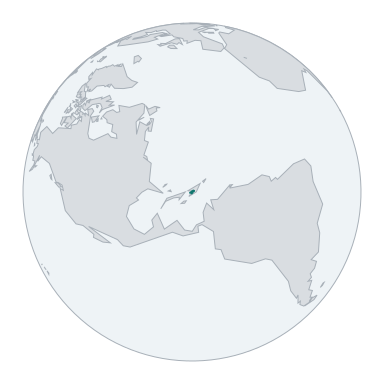 Ouest highlighted on a globe, orthographic projection, rotated 314°
{"feature_id": "HTI-1388", "entity_name": "Ouest", "entity_type": "Department", "adm_level": 1, "iso_a3": "HTI", "parent_name": "Haiti", "parent_adm1": "", "projection": "orthographic", "projection_center": [-72.52, 18.618], "detail": "fine", "context": "on_globe", "style": "filled", "palette": "teal", "viewbox_px": 384, "rotation_deg": 314, "n_neighbors": 0, "source": "natural_earth", "source_scale": "10m", "svg_char_len": 9826}
<svg xmlns="http://www.w3.org/2000/svg" viewBox="0 0 384 384"><g transform="rotate(314 192 192)"><circle cx="192" cy="192" r="169" fill="#eef3f6" stroke="#a8b0b8"/><path d="M175.5,221.9L171.5,220.0L167.6,224.8L154.2,216.1L149.5,205.9L109.4,185.7L105.6,179.9L106.0,171.5L95.4,141.6L98.7,168.6L94.1,162.7L90.9,152.7L93.4,150.8L92.2,136.8L88.5,130.7L90.6,113.8L103.0,94.7L103.8,98.3L106.7,93.8L105.9,89.2L104.7,87.4L113.5,69.6L112.7,59.1L106.9,59.7L112.6,56.9L97.7,61.4L93.7,60.6L101.7,59.3L105.2,57.5L104.2,55.5L107.5,53.3L108.9,51.3L113.0,49.1L117.3,49.1L120.1,47.8L119.2,46.6L122.7,43.9L123.6,45.9L129.9,41.7L138.3,42.1L137.3,51.1L145.4,51.3L153.5,60.9L156.2,58.8L160.9,61.9L165.8,60.8L165.9,63.4L169.7,60.4L168.6,58.2L170.0,56.3L172.7,55.6L173.4,58.6L172.1,59.4L173.7,60.0L172.8,61.9L174.8,60.6L175.2,64.6L178.9,59.7L182.7,62.3L181.9,65.2L176.6,66.0L161.6,76.5L159.1,80.6L160.9,85.2L175.6,91.0L175.1,95.5L178.4,100.7L181.1,97.5L179.6,92.3L185.5,88.1L182.9,82.8L184.9,80.5L184.4,75.1L190.2,75.0L196.2,77.9L196.9,82.6L199.6,84.2L203.5,79.3L209.4,88.1L221.1,94.6L222.0,97.3L215.4,102.6L203.5,103.2L194.9,112.1L206.3,105.7L208.4,113.3L211.2,114.5L214.4,113.9L216.0,110.9L217.9,113.6L207.3,120.5L205.4,118.1L208.7,115.8L203.2,116.4L196.0,122.0L197.6,125.9L185.2,131.7L186.1,134.8L184.0,138.0L183.2,132.6L184.3,142.7L169.9,154.0L171.1,172.2L163.6,158.0L157.0,156.1L149.1,156.1L149.1,159.1L138.6,156.3L128.9,161.8L125.1,175.9L128.5,187.2L140.2,188.5L143.9,182.6L152.6,181.8L146.1,197.9L161.2,200.9L159.5,213.1L163.9,219.5L171.5,218.0L179.4,221.1L185.1,214.1L194.2,210.2L194.4,220.0L199.4,210.9L204.5,215.5L222.6,214.3L221.3,216.6L236.5,227.1L252.9,230.4L256.8,236.9L254.8,241.5L260.5,242.0L260.5,244.7L282.8,245.4L293.9,250.0L293.3,259.4L283.7,271.8L274.1,294.4L256.5,303.8L251.4,312.2L236.7,324.6L226.1,324.7L228.6,329.7L222.3,333.1L215.3,333.8L213.6,337.2L208.4,337.5L211.6,339.5L202.8,343.9L204.8,347.0L198.3,350.0L199.9,351.6L197.5,351.6L195.0,352.2L194.6,353.1L187.6,351.6L186.0,347.8L188.8,345.8L185.7,345.4L191.6,339.8L188.1,340.9L189.5,331.7L194.7,323.4L198.5,296.8L195.0,291.3L182.1,284.6L166.5,262.1L170.7,252.9L167.3,248.3L178.5,234.9L175.5,221.9ZM33.3,146.2L34.6,142.4L34.2,145.4L33.3,146.2ZM35.1,139.8L34.7,141.1L35.0,139.9L35.1,139.8ZM35.2,138.7L35.1,139.5L35.0,138.9L35.2,138.7ZM35.1,137.7L35.2,138.0L35.1,137.7ZM170.1,178.3L187.4,187.1L177.5,188.1L179.4,186.5L175.0,182.9L166.9,179.5L158.2,181.2L170.1,178.3ZM35.4,135.0L35.6,134.2L35.8,134.2L35.4,135.0ZM178.0,168.4L175.0,167.7L178.0,167.6L178.0,168.4ZM103.6,87.1L105.5,89.4L105.0,94.6L103.0,92.8L103.6,87.1ZM105.1,78.3L106.9,78.4L103.5,82.7L103.5,81.3L105.1,78.3ZM102.0,61.0L102.9,62.0L100.9,61.8L102.0,61.0ZM108.4,51.5L107.1,51.9L108.4,50.7L108.4,51.5ZM181.2,75.7L182.7,75.4L182.0,76.5L181.2,75.7ZM179.5,73.7L177.6,75.2L176.5,74.5L177.7,73.6L179.5,73.7ZM115.8,46.4L118.3,44.5L116.5,46.4L115.8,46.4ZM182.1,72.1L174.8,73.1L172.9,71.9L176.0,67.6L182.1,72.1ZM120.3,43.5L126.3,39.5L123.8,40.1L134.2,36.7L125.6,40.9L123.8,42.9L122.8,42.5L120.3,43.5ZM167.1,57.9L168.3,60.1L164.8,59.0L167.1,57.9ZM164.5,57.7L151.6,57.9L151.2,54.7L155.6,55.1L153.0,51.8L159.1,50.0L161.9,51.5L161.0,53.8L164.1,51.4L164.5,57.7ZM138.9,35.8L141.0,35.0L139.6,35.9L138.9,35.8ZM170.2,55.5L167.6,55.7L167.1,52.8L172.1,52.0L170.7,53.1L170.2,55.5ZM149.3,51.9L149.8,49.8L154.9,47.8L155.8,46.8L159.2,49.7L149.3,51.9ZM172.2,53.4L174.7,51.7L177.5,52.5L172.7,55.2L172.2,53.4ZM164.8,52.5L164.8,51.2L166.5,51.6L164.8,52.5ZM188.8,54.9L185.7,54.9L185.1,53.3L188.8,54.9ZM175.4,51.0L174.5,50.7L173.9,50.2L176.1,49.2L175.4,51.0ZM162.6,48.2L164.6,47.9L161.4,46.9L165.1,45.6L166.8,47.9L167.6,46.3L168.7,45.9L168.8,48.3L162.6,48.2ZM176.6,46.8L180.0,49.7L185.8,50.0L186.4,51.3L177.0,50.7L176.6,46.8ZM172.0,47.4L175.0,47.3L174.3,48.8L171.8,49.9L172.0,47.4ZM167.0,43.9L160.9,45.3L160.8,44.8L167.0,43.9ZM178.4,46.5L177.6,45.9L178.9,46.4L178.4,46.5ZM170.7,44.3L168.6,44.8L168.4,44.2L170.7,44.3ZM177.6,44.2L178.7,45.1L177.1,45.8L177.6,44.2ZM174.6,44.0L174.9,43.1L175.8,45.5L173.6,44.3L174.6,44.0ZM170.9,43.6L170.2,43.4L171.8,43.5L170.9,43.6ZM183.3,41.5L184.8,44.4L181.2,45.7L180.2,42.6L183.3,41.5ZM199.3,354.5L188.2,352.2L194.4,353.3L198.9,351.9L204.7,353.6L199.3,354.5ZM212.5,350.6L217.6,349.5L218.8,349.8L215.5,350.7L212.5,350.6ZM323.1,85.4L325.4,88.8L320.9,83.9L312.6,73.8L311.7,72.8L323.1,85.4ZM304.5,65.9L304.3,65.8L300.2,62.2L304.5,65.9ZM298.9,61.2L303.4,65.1L304.8,66.3L307.9,69.2L306.8,68.3L304.8,66.5L305.0,67.2L314.5,76.6L316.9,78.8L320.4,84.8L324.9,89.3L327.5,93.2L320.9,87.2L318.0,84.0L309.6,80.2L312.9,83.9L321.1,88.0L320.6,88.6L325.1,94.5L321.3,90.5L311.4,85.8L311.6,92.4L319.6,110.9L318.0,115.0L313.1,115.1L302.2,100.6L307.0,93.3L303.2,88.8L295.4,85.1L297.5,83.5L294.9,81.3L296.0,78.7L291.0,71.1L291.1,68.5L282.6,62.1L281.6,60.1L286.9,64.3L290.6,66.1L290.2,60.6L288.2,58.5L282.8,55.0L283.3,54.3L278.1,51.7L274.7,47.9L274.4,50.6L268.0,47.4L262.4,43.6L260.3,43.3L269.4,49.5L273.0,51.7L276.2,52.6L286.2,59.9L287.7,62.7L277.2,57.5L278.2,61.1L269.5,56.1L250.3,41.2L245.5,37.2L251.4,35.8L256.2,37.9L256.5,39.2L262.2,40.3L258.9,39.1L259.3,38.7L253.3,36.2L253.4,35.9L247.5,34.3L246.9,33.7L250.6,34.7L241.2,31.2L238.1,29.8L236.0,29.2L234.5,29.0L231.6,27.8L230.2,27.5L230.5,27.7L227.9,27.3L222.0,26.4L221.4,26.0L223.4,26.3L226.6,26.6L228.4,27.0L241.1,30.3L253.6,34.7L265.7,39.9L277.3,46.2L288.4,53.3L298.9,61.2ZM225.8,26.5L222.4,26.0L219.0,25.6L220.2,25.5L219.5,25.5L217.7,25.2L215.2,24.8L213.6,24.8L194.0,24.1L187.2,23.6L190.5,23.2L176.0,24.0L169.6,24.6L169.9,24.6L163.3,25.7L165.2,25.5L164.9,25.7L148.6,29.7L144.3,30.8L137.7,33.7L137.9,33.8L140.8,33.1L134.2,36.7L123.8,40.1L123.9,39.4L117.4,42.4L118.6,40.7L116.6,41.1L121.6,38.4L120.9,38.7L125.1,36.8L126.7,36.4L126.0,36.5L127.7,35.8L129.2,35.2L129.5,35.0L141.1,30.9L152.9,27.6L164.9,25.2L177.1,23.7L189.3,23.1L201.5,23.3L213.7,24.4L225.8,26.5ZM353.0,243.4L353.0,243.2L353.7,241.1L353.0,243.4ZM357.2,227.4L358.6,219.8L359.0,203.2L359.2,190.6L358.3,187.1L357.1,190.9L355.5,186.7L354.4,188.2L344.1,203.0L338.4,199.0L325.7,181.3L325.7,170.6L321.3,160.6L317.8,115.8L322.1,114.6L325.0,100.8L326.3,100.7L331.3,108.5L337.9,110.0L333.6,102.0L334.1,100.7L340.2,110.8L345.6,121.6L350.2,132.7L354.0,144.1L357.0,155.8L359.2,167.6L360.5,179.5L361.0,191.6L360.6,203.6L359.3,215.6L357.2,227.4ZM324.8,135.6L326.3,138.7L324.8,135.6ZM223.2,214.2L225.4,215.9L222.5,216.2L223.2,214.2ZM176.1,192.2L179.8,192.5L181.7,194.0L178.8,194.5L176.1,192.2ZM207.1,192.1L211.4,192.8L206.9,193.8L207.1,192.1ZM190.1,188.2L203.7,191.9L195.1,195.0L186.6,192.8L192.5,191.9L190.1,188.2ZM176.2,174.2L178.5,175.0L177.8,176.8L176.2,174.2ZM180.2,168.4L179.3,168.6L178.2,167.1L180.2,168.4ZM209.0,112.9L209.9,112.4L213.2,112.5L211.7,113.8L209.0,112.9ZM227.9,105.9L230.6,110.5L227.6,107.9L226.0,110.4L217.7,108.4L222.0,98.5L221.5,103.2L227.9,105.9ZM207.8,103.8L212.6,105.7L207.2,104.0L207.8,103.8ZM279.5,73.7L282.1,73.9L284.9,76.8L284.7,81.5L280.6,77.2L279.5,73.7ZM285.1,73.6L274.7,67.8L274.4,65.1L276.3,67.5L277.2,66.3L280.5,69.9L290.4,73.5L293.6,76.4L291.4,82.7L290.4,78.8L287.9,78.7L285.1,73.6ZM248.5,62.3L244.0,61.0L249.2,56.6L252.9,58.5L252.9,62.9L248.6,63.4L248.5,62.3ZM189.0,64.8L186.9,65.4L186.7,64.5L188.3,63.2L189.0,64.8ZM187.4,55.0L197.8,61.4L196.0,62.3L204.3,65.6L202.7,69.4L197.3,67.1L202.3,72.8L196.9,72.2L200.8,75.9L189.1,70.3L184.4,70.4L190.2,68.8L191.9,65.1L191.1,63.6L185.6,59.6L176.2,58.5L176.3,55.2L178.9,53.1L181.2,52.9L180.4,55.0L184.0,53.2L184.6,56.1L187.4,55.0ZM208.8,37.4L206.9,38.9L214.2,37.8L214.9,39.8L215.7,39.6L218.3,41.3L222.8,43.1L222.3,44.1L224.3,44.4L226.0,45.8L228.6,46.6L228.6,48.8L231.7,50.1L229.9,50.4L235.3,52.2L231.3,51.9L233.2,54.0L236.1,53.2L229.9,65.2L230.4,71.2L233.0,76.7L225.8,76.1L218.8,70.9L212.8,64.2L213.4,58.8L210.0,59.8L209.3,57.6L212.3,57.7L207.3,56.3L207.5,54.6L202.2,50.1L194.9,49.6L192.7,48.1L195.7,47.5L191.5,46.5L195.7,44.5L194.3,43.5L197.0,40.7L203.5,40.5L201.4,39.4L203.4,37.6L208.8,37.4ZM184.2,40.7L191.9,39.4L196.0,40.0L189.6,44.6L190.3,45.8L186.4,49.3L180.5,48.4L182.1,47.4L182.4,46.3L184.1,47.0L182.9,45.6L185.2,44.4L184.9,43.0L187.5,42.9L184.2,40.7ZM324.4,96.8L324.8,96.1L324.6,94.4L327.5,98.3L324.4,96.8ZM317.9,93.7L317.8,92.3L321.8,96.5L321.4,97.4L317.9,93.7ZM314.3,88.3L317.5,92.0L315.5,90.5L314.3,88.3ZM286.4,63.1L285.8,61.8L287.1,62.4L289.0,64.1L286.4,63.1ZM230.6,36.2L228.8,36.5L227.8,36.1L222.1,35.7L221.2,34.4L224.3,34.1L230.6,36.2ZM328.4,93.8L328.8,93.5L329.2,94.9L328.4,93.8ZM228.6,34.7L226.3,34.6L227.3,34.0L228.6,34.7ZM220.2,33.4L220.7,32.7L220.4,34.2L220.2,33.4ZM217.5,26.5L226.5,28.3L232.4,29.4L234.7,29.4L235.3,30.4L226.2,28.7L217.5,26.5ZM196.9,24.3L194.9,24.7L193.2,24.4L193.4,24.3L196.9,24.3ZM197.6,24.6L200.0,25.5L197.1,25.7L195.8,24.9L197.6,24.6ZM214.6,29.1L217.4,29.6L216.5,30.0L214.6,29.1ZM140.2,34.9L140.9,35.0L139.1,35.4L140.2,34.9ZM166.1,25.5L165.3,25.8L163.2,26.1L166.1,25.5ZM162.1,27.0L165.0,26.4L162.2,27.2L162.1,27.0ZM171.5,25.3L166.3,26.3L170.8,25.2L171.5,25.3Z" fill="#d9dde1" stroke="#a8b0b8" stroke-width="1"/><path d="M194.0,191.8L193.9,192.0L193.6,192.0L193.4,192.1L193.5,192.1L193.7,192.4L193.7,192.5L193.9,192.6L194.0,192.8L194.3,192.9L194.2,193.0L193.8,192.9L193.7,192.9L193.4,192.9L193.2,192.8L192.9,192.8L192.7,192.8L192.4,192.7L192.2,192.6L191.9,192.8L191.7,192.8L191.4,192.9L191.4,193.0L191.2,193.0L190.9,193.0L190.7,193.0L190.7,192.9L190.6,192.7L190.7,192.4L190.9,192.5L191.0,192.5L191.3,192.6L191.5,192.5L191.6,192.4L191.7,192.2L191.8,192.2L192.3,192.2L192.4,192.3L192.5,192.3L192.5,192.2L192.5,191.9L192.4,191.7L192.2,191.7L191.9,191.5L191.9,191.4L191.7,191.2L192.0,191.0L192.3,191.1L192.4,191.3L192.5,191.4L192.8,191.5L193.2,191.7L193.4,191.7L193.6,191.6L193.8,191.7L194.0,191.8L194.0,191.8ZM189.9,191.2L190.0,191.0L190.5,191.1L190.9,191.3L191.1,191.4L191.2,191.5L191.2,191.8L191.1,191.7L190.7,191.6L190.3,191.4L190.1,191.4L189.9,191.2Z" fill="#14b8a6" stroke="#0f766e" stroke-width="1.5"/></g></svg>